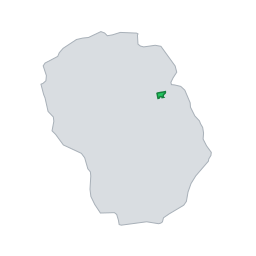 location of Karpoš within North Macedonia, rotated 79°
{"feature_id": "MKD-2935", "entity_name": "Karpoš", "entity_type": "Municipality", "adm_level": 1, "iso_a3": "MKD", "parent_name": "North Macedonia", "parent_adm1": "", "projection": "equal_earth", "projection_center": [21.397, 41.987], "detail": "fine", "context": "in_parent", "style": "filled", "palette": "green", "viewbox_px": 256, "rotation_deg": 79, "n_neighbors": 0, "source": "natural_earth", "source_scale": "10m", "svg_char_len": 1437}
<svg xmlns="http://www.w3.org/2000/svg" viewBox="0 0 256 256"><g transform="rotate(79 128 128)"><path d="M115.2,62.2L119.5,62.7L128.9,60.1L134.7,56.5L137.7,56.0L141.7,54.6L147.4,54.8L153.2,56.4L160.5,54.3L167.8,50.9L170.7,51.8L173.8,54.6L175.9,55.4L187.9,70.6L194.5,76.7L202.3,81.3L211.2,84.7L214.4,88.0L220.2,104.1L222.9,110.3L226.7,112.1L227.6,113.9L227.8,116.2L223.6,127.6L222.1,153.1L221.1,155.1L216.6,155.0L210.7,155.6L208.5,157.5L206.2,171.3L196.8,175.2L188.2,177.5L180.9,177.0L168.1,173.7L163.9,173.3L160.4,175.2L149.0,176.2L144.0,178.6L132.3,194.7L120.4,200.3L116.3,203.1L107.2,199.5L102.9,199.2L96.5,203.3L82.7,203.7L79.0,204.4L68.4,205.1L67.9,202.8L66.0,199.6L61.0,198.1L50.8,199.4L48.4,197.0L44.3,183.3L41.0,181.1L37.4,176.5L31.3,161.7L31.1,155.2L31.6,149.5L28.2,136.2L30.3,132.8L33.5,130.7L33.6,125.4L32.7,117.3L36.5,101.4L37.6,100.2L38.5,101.0L47.6,102.2L49.9,100.2L51.4,97.1L52.0,85.5L54.1,80.1L76.1,69.9L82.5,69.5L87.4,74.2L91.4,77.2L93.7,77.1L94.6,74.1L97.2,68.3L101.7,65.0L115.0,62.2L115.2,62.2Z" fill="#d9dde1" stroke="#a8b0b8" stroke-width="1"/><path d="M99.5,92.9L99.4,92.6L99.3,92.3L99.3,90.4L99.3,88.9L99.4,87.4L99.4,85.1L99.4,84.4L100.3,84.5L101.1,85.1L101.6,86.1L102.5,87.1L103.7,87.4L104.3,87.4L104.7,87.1L104.7,87.9L104.6,88.3L104.7,88.7L104.0,88.8L103.5,89.4L103.3,90.6L103.9,91.1L104.7,91.9L104.7,92.3L104.7,92.9L103.0,92.9L101.4,92.9L99.5,92.9Z" fill="#22c55e" stroke="#15803d" stroke-width="1.5"/></g></svg>